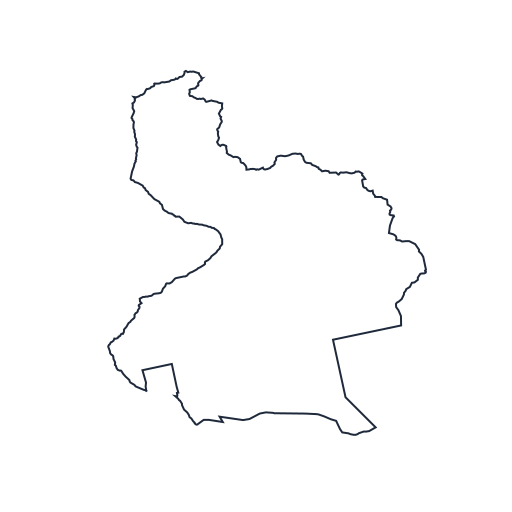 Las Heras, Mendoza, Argentina, rotated 78°
{"feature_id": "61730980B92952848138392", "entity_name": "Las Heras", "entity_type": "district", "adm_level": 2, "iso_a3": "ARG", "parent_name": "Argentina", "parent_adm1": "Mendoza", "projection": "equal_earth", "projection_center": [-69.707, -32.525], "detail": "fine", "context": "isolated", "style": "outline", "palette": "slate", "viewbox_px": 512, "rotation_deg": 78, "n_neighbors": 0, "source": "geoboundaries", "source_scale": "gbopen_adm2", "svg_char_len": 6063}
<svg xmlns="http://www.w3.org/2000/svg" viewBox="0 0 512 512"><g transform="rotate(78 256 256)"><path d="M407.0,350.8L408.5,349.5L408.7,348.6L405.4,341.2L406.5,336.1L411.5,323.0L405.6,325.0L413.8,302.8L414.1,296.3L410.9,285.0L411.0,278.9L412.9,272.1L413.6,270.8L420.4,240.5L423.3,229.5L424.0,227.7L427.1,222.6L431.2,216.8L433.9,211.9L442.8,209.8L446.5,208.3L448.7,202.4L449.9,200.7L451.1,197.9L451.6,195.9L451.4,193.8L450.7,192.1L450.1,186.9L450.6,185.2L450.8,181.8L448.5,174.6L412.8,197.8L353.9,198.1L354.1,128.5L344.9,126.7L338.5,128.0L335.2,129.5L332.0,129.1L330.9,127.9L330.2,125.7L328.4,122.4L324.4,119.3L322.7,118.8L321.0,116.7L319.7,116.0L318.2,111.9L314.6,109.1L314.8,106.5L312.9,102.6L310.8,102.2L307.6,99.0L307.6,97.1L308.0,95.3L307.6,93.5L306.8,93.1L306.0,93.7L305.4,93.7L304.8,92.6L291.7,92.6L288.4,93.7L285.4,95.7L283.8,95.2L277.5,97.8L273.3,103.1L272.7,105.8L272.2,110.1L270.6,112.0L269.9,114.6L269.0,115.5L267.4,114.9L265.9,115.0L264.4,116.0L263.2,117.4L261.2,121.2L254.0,118.6L247.7,114.7L246.4,113.7L246.1,112.8L245.0,112.9L244.0,115.8L243.3,116.7L242.3,116.6L240.8,115.5L239.4,115.5L238.7,114.1L237.4,113.5L235.5,114.1L233.1,116.6L228.2,116.1L225.8,120.0L224.4,121.0L223.0,127.2L221.8,127.2L219.4,128.4L216.3,128.3L216.5,130.5L215.9,131.9L214.8,133.2L212.3,134.3L211.7,135.8L210.3,136.7L204.1,136.5L203.4,135.9L203.4,133.1L200.1,134.6L199.1,135.4L198.0,135.2L197.5,134.8L195.0,137.4L194.6,138.1L194.5,140.1L194.1,140.8L195.0,142.3L195.1,145.1L194.5,147.0L192.9,150.1L192.6,153.4L191.9,155.8L192.2,156.7L193.4,157.8L193.5,158.5L191.0,160.3L189.9,166.7L188.2,167.3L187.0,170.4L186.9,173.8L185.0,175.0L183.8,176.5L182.3,176.6L182.0,177.5L180.5,179.0L178.6,182.1L176.7,183.1L175.3,187.3L174.1,188.5L171.6,189.3L168.6,189.3L167.5,190.2L165.7,190.7L165.0,191.9L164.9,193.9L164.0,195.9L163.6,199.2L164.4,202.9L164.5,205.7L164.4,207.0L163.0,210.9L163.0,214.5L164.2,216.0L166.1,216.3L168.3,218.5L169.8,218.5L171.2,220.5L171.9,222.7L172.8,223.8L173.3,226.8L173.3,228.9L173.0,229.9L172.1,230.7L171.0,230.9L172.1,235.4L171.4,236.9L171.7,237.9L170.8,239.0L170.1,240.9L170.1,242.0L169.7,243.2L169.9,244.4L169.6,247.4L167.1,247.0L165.4,247.4L162.5,249.1L161.7,250.9L160.9,251.4L157.7,251.4L155.5,253.4L154.6,256.0L154.6,257.5L152.3,259.9L151.2,261.6L149.1,263.2L147.9,262.7L143.8,262.7L142.8,262.2L142.2,262.3L140.5,264.6L140.2,265.9L140.4,267.0L141.0,268.0L139.2,269.6L136.4,270.4L134.9,268.9L132.7,267.6L131.1,268.0L129.0,267.9L127.6,267.7L126.6,267.1L125.0,267.7L123.9,267.6L122.6,265.3L119.8,263.7L117.8,261.7L116.9,261.4L114.2,262.1L112.7,261.2L111.9,262.0L109.0,262.7L105.7,259.9L105.3,258.9L104.7,258.3L102.4,258.2L99.7,257.3L98.2,260.9L97.1,261.9L95.2,266.4L94.6,267.1L94.9,272.4L94.6,273.0L92.3,273.7L90.9,275.0L91.0,277.2L90.4,278.4L90.4,279.9L90.0,281.2L88.7,282.5L88.1,283.6L86.5,285.0L85.6,287.4L83.5,287.7L82.1,286.7L79.6,286.5L79.3,285.6L79.3,280.3L77.7,278.6L77.5,277.5L76.9,276.8L75.5,276.9L74.6,276.4L73.1,274.4L72.8,272.8L71.4,272.1L71.1,271.6L71.1,272.4L70.1,272.6L69.6,272.3L66.5,273.9L65.4,273.8L62.5,279.0L62.4,280.8L61.9,282.0L62.0,284.5L60.4,286.1L60.9,287.6L62.2,287.9L63.8,288.9L65.2,291.0L65.0,293.6L66.4,295.9L66.4,296.4L65.7,297.5L66.2,297.9L66.6,299.6L66.4,302.6L67.3,304.4L67.1,309.7L66.6,310.9L66.5,312.6L67.1,314.1L67.1,315.6L66.2,319.5L66.4,319.8L67.5,319.8L68.6,320.6L68.9,323.3L69.9,324.7L70.2,327.3L69.9,327.9L70.4,328.9L73.7,331.5L74.7,333.7L74.6,335.3L75.5,337.5L75.8,339.9L75.7,340.8L75.0,342.6L77.0,341.5L77.6,342.1L78.8,342.1L80.4,343.4L81.1,345.2L82.7,345.1L85.7,346.0L89.0,345.0L91.0,346.1L94.6,348.9L95.4,349.0L96.3,348.4L97.6,348.5L98.8,347.7L99.8,347.6L101.9,348.5L105.3,349.3L108.2,348.8L109.4,349.3L111.7,349.0L114.1,349.7L117.1,349.0L118.6,349.5L119.9,348.9L122.2,350.1L124.0,350.0L125.4,349.4L129.1,350.7L130.6,351.8L132.5,351.8L135.6,353.2L136.5,353.1L137.7,354.1L138.4,353.9L140.3,355.6L143.1,356.8L147.5,359.6L154.3,362.6L155.7,362.1L156.6,360.1L158.5,359.1L159.9,356.4L163.6,352.2L165.7,351.6L166.6,350.5L168.6,350.2L170.8,348.3L172.9,348.0L174.6,346.4L179.2,343.6L182.9,339.3L184.5,339.0L186.4,337.4L190.8,337.2L192.7,335.8L194.1,334.0L195.5,332.9L196.1,332.1L197.1,329.5L197.9,329.1L198.5,328.0L199.6,327.6L200.1,326.7L200.8,326.5L201.5,322.8L205.0,320.0L207.7,318.9L209.9,315.5L210.1,312.6L211.0,311.2L211.5,309.5L212.0,308.9L212.3,307.0L213.3,305.3L214.2,302.0L215.0,301.0L216.2,298.0L217.5,296.4L218.1,294.4L219.1,293.6L220.0,291.2L221.0,290.8L221.3,290.1L223.8,287.9L227.6,286.2L230.6,286.1L232.5,285.6L237.4,286.6L239.5,289.3L241.1,289.9L242.8,292.7L243.7,293.4L244.7,294.8L247.0,299.6L248.6,301.1L250.2,303.9L250.9,306.7L251.5,307.3L253.2,307.5L253.9,308.7L255.6,313.5L255.8,315.0L256.8,316.6L258.3,321.6L258.6,323.8L259.5,325.9L260.8,327.5L261.1,328.6L261.3,329.6L261.0,330.9L261.0,338.9L261.3,340.0L264.1,343.8L264.5,345.1L264.9,346.3L264.2,349.0L264.6,349.8L266.7,351.1L268.6,353.8L271.3,355.5L272.2,356.8L272.3,358.4L271.8,363.2L271.9,364.1L273.0,366.1L273.2,367.1L273.0,369.2L273.2,370.4L272.8,372.3L272.9,373.2L272.6,375.1L273.6,378.6L276.4,378.9L278.3,377.8L279.6,380.8L280.3,381.1L281.5,380.5L282.5,380.8L284.5,382.8L285.8,383.3L286.7,384.6L286.9,385.6L288.3,387.1L290.3,387.4L291.3,388.0L293.3,391.7L294.3,392.6L295.1,394.6L298.3,397.4L300.4,400.3L303.0,401.1L304.5,402.4L304.1,403.1L304.5,404.4L305.9,405.5L306.3,407.3L307.0,407.5L307.6,408.9L307.8,410.5L307.3,411.7L309.2,413.0L310.2,415.1L310.3,416.0L312.2,417.6L312.3,418.2L313.3,419.1L314.0,419.4L318.7,418.7L320.5,418.9L322.2,418.2L323.4,416.9L324.4,416.5L327.1,416.8L330.9,415.9L333.2,416.7L334.1,415.9L336.6,415.7L338.6,414.9L339.8,413.1L339.9,412.1L340.5,411.6L343.7,410.4L346.9,408.6L350.9,405.7L352.6,405.6L353.6,405.2L356.8,401.7L358.5,400.9L363.4,393.9L364.4,392.0L365.8,391.0L364.2,391.3L360.7,391.1L357.0,389.9L344.1,390.8L344.1,360.8L367.4,360.8L373.5,360.4L373.5,361.8L376.0,361.9L377.0,362.4L376.3,364.1L379.4,361.8L381.2,361.1L381.7,360.4L385.2,359.1L386.4,359.4L391.3,358.3L394.7,355.8L397.6,354.7L399.8,354.5L401.5,353.0L404.4,351.9L406.4,350.6L407.0,350.8Z" fill="none" stroke="#1e293b" stroke-width="2"/></g></svg>